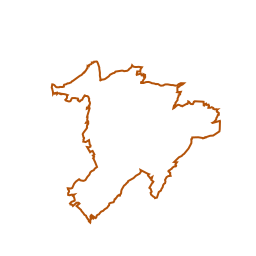 Strehaia, Mehedinti, Romania (Albers equal-area conic projection), rotated 331°
{"feature_id": "2599482B78091159636485", "entity_name": "Strehaia", "entity_type": "district", "adm_level": 2, "iso_a3": "ROU", "parent_name": "Romania", "parent_adm1": "Mehedinti", "projection": "albers", "projection_center": [23.174, 44.633], "detail": "fine", "context": "isolated", "style": "outline", "palette": "amber", "viewbox_px": 256, "rotation_deg": 331, "n_neighbors": 0, "source": "geoboundaries", "source_scale": "gbopen_adm2", "svg_char_len": 5777}
<svg xmlns="http://www.w3.org/2000/svg" viewBox="0 0 256 256"><g transform="rotate(331 128 128)"><path d="M117.6,202.4L119.6,202.9L123.9,198.9L126.5,198.7L127.5,197.7L129.6,196.6L130.9,195.1L132.4,194.3L133.7,194.2L134.9,192.8L135.2,191.4L137.9,189.7L139.9,189.6L142.1,190.5L142.5,188.4L143.1,188.0L143.2,187.6L142.3,185.6L142.4,185.3L143.2,185.0L144.0,185.1L145.5,184.8L146.3,184.9L147.7,184.2L150.1,184.1L151.1,184.7L151.7,184.5L151.9,184.3L151.9,182.7L154.2,181.7L151.9,180.1L158.4,178.3L161.4,178.5L162.8,178.0L164.6,177.8L171.0,175.3L176.0,172.0L177.1,170.3L177.9,168.5L178.8,168.5L179.6,167.4L185.0,170.2L188.4,172.9L188.5,173.4L189.5,173.6L190.4,173.4L190.8,173.5L190.8,173.8L191.6,173.7L191.9,174.1L192.7,174.0L196.0,174.6L198.8,175.9L206.3,175.3L207.6,173.6L211.7,166.7L211.8,166.3L204.4,164.6L204.3,164.4L205.9,164.5L208.5,163.6L209.4,163.1L210.0,162.2L211.5,161.4L212.8,160.2L213.8,160.5L214.6,159.1L214.3,158.9L214.5,158.5L214.4,157.9L213.8,157.3L214.0,157.0L213.8,156.3L214.8,155.3L215.3,155.2L214.6,154.9L214.5,154.5L213.0,153.8L212.3,153.0L211.9,152.6L212.3,151.8L211.3,150.4L210.1,150.3L208.1,149.3L208.5,148.8L208.9,149.0L209.5,148.0L209.2,147.9L209.7,146.6L207.7,145.8L208.1,144.6L206.1,144.3L205.5,145.2L205.2,144.9L206.8,141.7L206.1,141.2L199.4,137.0L198.8,137.3L198.3,137.0L196.6,138.5L196.2,138.5L194.7,137.6L194.2,136.3L194.3,135.9L194.0,134.5L193.6,134.0L193.2,134.8L191.7,135.8L191.4,135.7L191.4,135.3L186.0,135.3L185.8,134.6L185.0,134.3L184.2,132.9L183.1,132.0L181.4,132.0L178.3,132.8L177.2,132.8L179.0,130.8L181.4,129.8L181.7,129.0L184.9,127.6L185.7,126.2L187.7,124.7L188.1,123.9L189.7,123.9L190.1,123.6L190.3,122.9L189.6,121.9L191.3,122.3L191.7,122.0L189.7,121.2L189.2,120.5L189.0,120.9L188.4,120.5L188.8,120.3L190.7,116.7L193.1,116.6L194.1,116.2L196.8,116.4L198.6,116.0L195.9,114.4L193.4,114.2L191.7,114.8L189.7,113.7L188.1,112.2L186.6,111.4L184.0,109.2L182.0,108.1L180.9,107.8L179.5,107.9L177.4,107.0L176.8,106.4L175.7,104.3L174.5,103.4L173.8,103.3L172.5,101.8L170.5,100.3L169.9,99.3L168.5,97.8L166.1,96.6L163.5,96.2L161.3,95.0L161.6,94.3L163.5,94.4L164.6,93.4L166.4,92.7L167.8,91.7L167.9,91.2L168.7,89.8L167.7,88.5L167.2,90.1L166.7,90.3L166.9,88.8L165.4,88.5L165.6,86.6L161.7,85.8L162.4,84.6L162.2,84.6L163.5,83.0L166.1,84.5L167.4,82.7L169.6,81.6L167.0,79.7L164.4,78.5L162.8,77.3L162.2,76.2L162.0,75.1L160.3,76.6L157.7,76.9L156.9,77.4L155.1,77.6L152.1,76.4L151.7,75.8L150.6,74.9L144.4,72.6L142.9,73.2L141.4,72.8L138.1,72.7L136.3,73.5L131.8,74.0L130.5,73.8L128.7,73.1L126.1,72.9L127.1,72.6L127.7,71.9L128.7,68.7L130.2,66.1L131.6,62.3L132.2,61.2L133.0,56.9L133.1,55.1L132.9,54.7L130.5,53.6L130.3,53.9L129.3,54.1L128.9,53.5L128.2,53.2L128.1,53.6L127.0,54.3L124.6,54.0L124.3,54.5L123.7,54.6L123.5,55.0L122.9,54.6L122.7,54.2L121.4,56.1L121.1,56.0L119.2,57.2L116.5,58.4L116.1,58.4L116.4,58.0L116.0,58.1L113.1,59.1L111.2,59.0L102.5,60.1L101.5,60.0L100.4,60.5L97.9,60.2L96.6,59.6L95.5,59.8L93.1,59.2L92.3,59.9L92.0,60.7L90.8,60.5L88.2,59.0L87.5,59.0L85.4,57.8L84.9,57.1L84.4,54.8L83.6,53.6L82.9,53.1L80.8,55.8L80.8,56.8L80.6,57.2L80.0,59.6L79.0,61.8L79.9,61.3L80.6,62.6L81.6,62.7L81.5,62.2L83.1,62.7L82.6,63.8L83.2,63.6L84.5,64.1L85.4,64.9L85.4,65.2L85.2,65.4L85.4,65.7L86.2,66.2L86.5,65.9L89.1,67.8L91.2,70.0L90.1,70.4L89.7,71.4L88.8,72.4L86.8,73.0L87.0,73.9L88.9,75.9L90.0,76.5L90.9,76.5L93.2,74.8L93.8,74.8L96.4,76.3L97.6,77.4L98.4,77.9L98.4,78.9L97.6,79.5L98.4,81.3L99.2,81.4L100.3,80.9L101.7,81.1L103.5,79.7L104.8,79.3L105.5,78.6L106.0,78.5L106.3,78.9L106.4,79.4L107.7,80.2L108.4,81.3L108.4,81.9L108.2,82.5L108.3,83.4L107.0,85.4L107.2,86.1L106.8,87.9L104.8,90.0L104.4,89.6L103.4,90.6L102.0,90.2L101.3,91.2L103.5,91.4L104.0,92.1L97.5,98.5L97.9,98.9L96.1,101.3L96.4,102.9L96.2,103.2L94.6,102.8L94.1,102.8L93.7,103.1L95.8,104.0L95.3,105.0L94.2,105.6L93.7,105.6L92.7,106.9L92.6,107.5L92.2,107.7L92.0,108.2L86.8,110.5L85.4,111.4L84.5,114.8L84.8,115.3L84.7,115.6L83.1,116.9L82.4,116.9L82.7,117.0L82.9,117.6L82.3,118.2L84.2,119.8L88.0,119.7L86.5,124.0L86.8,125.1L86.1,126.1L84.3,126.0L83.8,125.4L83.0,124.8L83.1,130.8L84.4,130.5L84.6,130.8L85.9,130.9L85.8,134.7L85.8,134.9L85.1,135.1L84.0,135.0L84.1,135.8L84.4,135.9L84.4,136.8L82.9,137.5L83.2,138.1L82.9,138.4L82.7,141.9L82.0,147.1L79.3,147.4L77.6,148.3L75.2,148.1L73.4,148.6L71.6,150.1L68.9,151.0L65.5,152.9L63.6,152.7L62.7,152.1L60.9,150.6L60.6,149.3L60.4,149.1L56.5,149.6L53.9,150.6L50.2,153.4L48.6,153.2L46.1,151.5L45.8,152.6L46.0,154.1L45.7,154.9L44.9,155.6L44.1,155.9L43.2,157.5L44.1,158.4L46.4,159.0L47.9,159.9L48.9,160.2L46.9,160.8L47.3,161.8L47.1,163.1L46.5,165.2L46.1,165.7L42.7,165.2L40.7,165.9L40.8,166.2L41.1,166.2L41.2,166.8L40.8,167.1L41.9,168.1L42.0,169.5L46.7,168.4L48.3,169.2L48.7,169.7L48.9,170.6L45.2,171.3L47.2,176.9L47.1,178.0L47.7,180.9L47.8,182.7L48.8,184.4L48.5,185.8L48.7,186.2L48.6,187.5L48.7,188.2L49.1,188.7L48.5,190.6L49.1,192.4L49.5,192.0L50.1,190.3L50.8,190.2L52.1,189.3L52.1,189.0L51.6,189.1L51.6,188.8L51.8,188.3L52.1,188.2L52.3,187.0L53.8,186.3L54.9,188.7L54.2,189.4L54.1,188.9L53.6,188.7L53.7,190.4L55.6,190.0L56.1,191.1L57.2,190.6L58.0,189.6L59.0,189.2L60.8,189.4L62.5,188.6L64.1,188.1L66.1,188.4L68.0,187.8L71.3,187.6L72.6,186.8L73.9,186.5L75.0,185.0L76.2,185.0L79.4,185.9L80.7,185.0L81.7,183.9L82.4,184.1L82.8,183.9L82.7,183.7L84.4,183.2L86.0,182.3L87.4,182.2L87.4,182.9L88.2,183.2L88.5,182.5L89.4,182.3L90.5,181.5L91.3,180.2L92.5,178.9L96.5,176.5L98.4,176.2L100.2,175.5L101.4,175.4L101.5,175.1L102.4,174.5L108.6,174.5L111.8,173.6L116.0,173.6L118.2,172.4L118.6,170.8L122.7,177.0L123.9,178.5L122.9,178.6L122.8,179.4L122.5,179.5L122.9,181.2L123.1,182.8L125.4,182.6L123.2,184.8L124.2,187.2L123.3,187.8L122.6,187.8L117.7,190.7L118.3,192.1L117.8,195.2L116.4,195.6L115.9,197.4L116.9,200.3L117.7,201.5L117.6,202.4Z" fill="none" stroke="#b45309" stroke-width="2"/></g></svg>